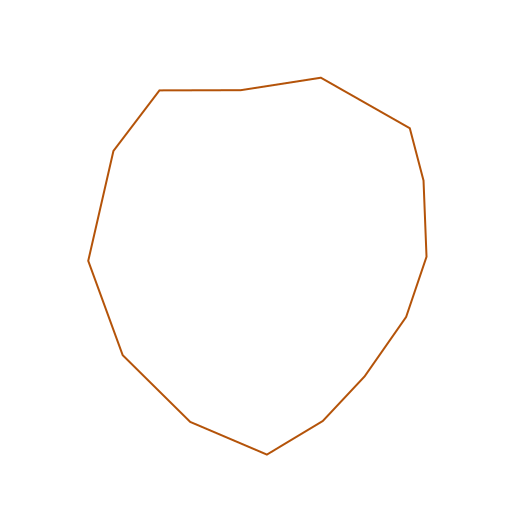 the district of Ariwara, Orientale, Democratic Republic of the Congo, rotated 15°
{"feature_id": "63176286B55306571020797", "entity_name": "Ariwara", "entity_type": "district", "adm_level": 2, "iso_a3": "COD", "parent_name": "Democratic Republic of the Congo", "parent_adm1": "Orientale", "projection": "robinson", "projection_center": [30.708, 3.137], "detail": "fine", "context": "isolated", "style": "outline", "palette": "amber", "viewbox_px": 512, "rotation_deg": 15, "n_neighbors": 0, "source": "geoboundaries", "source_scale": "gbopen_adm2", "svg_char_len": 339}
<svg xmlns="http://www.w3.org/2000/svg" viewBox="0 0 512 512"><g transform="rotate(15 256 256)"><path d="M198.3,99.8L119.9,121.0L91.1,191.4L95.2,304.1L152.9,386.3L235.4,433.3L317.9,445.0L363.2,398.1L392.1,344.1L416.8,276.0L420.9,212.6L398.3,139.8L371.5,92.8L272.5,67.0L198.3,99.8Z" fill="none" stroke="#b45309" stroke-width="2"/></g></svg>